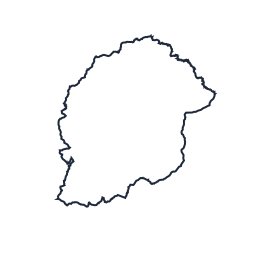 the district of Retiro, Antioquia, Colombia, rotated 201°
{"feature_id": "7082276B46774973153529", "entity_name": "Retiro", "entity_type": "district", "adm_level": 2, "iso_a3": "COL", "parent_name": "Colombia", "parent_adm1": "Antioquia", "projection": "orthographic", "projection_center": [-75.514, 6.06], "detail": "fine", "context": "isolated", "style": "outline", "palette": "slate", "viewbox_px": 256, "rotation_deg": 201, "n_neighbors": 0, "source": "geoboundaries", "source_scale": "gbopen_adm2", "svg_char_len": 5830}
<svg xmlns="http://www.w3.org/2000/svg" viewBox="0 0 256 256"><g transform="rotate(201 128 128)"><path d="M87.8,208.0L88.4,207.5L89.5,208.4L90.8,208.5L91.2,209.0L91.8,208.8L92.4,210.0L93.6,210.3L93.8,211.0L95.4,210.8L95.7,211.2L95.4,212.2L95.9,212.4L96.4,213.1L97.1,212.7L97.3,211.5L97.9,211.4L98.4,212.4L99.1,211.9L99.2,211.3L100.0,211.2L100.0,210.9L99.5,210.4L99.7,210.1L101.1,210.5L102.0,210.2L102.1,210.8L102.4,210.9L103.7,210.4L104.3,210.5L104.7,209.7L105.1,209.9L105.9,209.5L106.3,210.4L106.9,210.4L106.3,210.9L107.2,211.9L107.1,213.0L107.7,213.1L108.0,213.6L108.8,213.0L109.1,213.5L109.8,213.4L109.9,213.0L109.5,212.4L109.7,212.2L110.7,211.8L111.2,212.0L113.5,210.5L114.5,211.2L114.6,213.4L114.4,214.1L114.7,214.8L114.3,215.4L114.7,215.5L115.2,217.3L115.4,217.6L116.0,217.6L116.8,218.9L117.8,219.7L118.6,219.9L118.7,220.4L120.2,220.4L120.0,219.6L120.2,219.2L121.2,219.7L121.8,219.7L122.3,220.2L123.6,219.5L124.8,219.7L125.3,219.0L126.7,219.8L127.3,219.4L127.7,218.2L129.5,218.2L129.3,218.6L129.7,218.8L129.7,219.8L130.6,220.6L132.9,220.7L134.3,219.6L136.4,219.0L136.9,219.8L137.8,220.3L137.9,221.7L138.2,221.4L138.5,221.4L139.4,221.6L139.7,222.1L139.9,221.6L142.2,220.3L142.6,219.7L144.0,219.4L146.0,217.8L146.6,217.1L146.7,216.1L147.7,215.7L148.8,213.9L149.7,213.8L150.8,214.0L151.2,214.7L152.2,214.4L152.2,213.8L153.0,213.4L153.0,212.9L153.8,211.9L153.5,210.8L153.9,210.0L154.6,209.6L155.4,209.8L156.4,209.2L160.0,208.0L160.4,207.7L160.5,207.2L163.0,206.1L164.1,205.0L164.3,204.7L164.3,202.8L163.6,201.2L163.7,199.9L163.1,198.8L164.0,197.0L163.6,196.0L163.9,194.9L164.9,194.8L165.2,195.2L165.4,194.9L166.9,194.8L168.9,194.0L169.1,193.0L170.0,191.3L170.0,190.9L170.6,189.5L172.1,188.1L176.5,187.7L177.8,187.0L178.8,185.6L179.5,185.4L180.5,183.9L182.2,183.0L183.1,183.5L183.8,183.1L184.2,180.8L184.2,179.7L183.4,178.0L183.6,176.1L184.0,175.5L184.0,173.8L183.5,173.2L183.5,172.4L185.6,169.2L185.6,168.5L186.0,168.1L186.8,168.1L186.6,167.5L187.1,166.5L186.4,163.8L187.0,162.9L187.0,161.6L186.4,159.9L189.2,157.8L189.6,155.5L190.5,154.4L190.0,152.5L190.4,152.1L191.4,149.8L192.2,149.3L192.9,148.2L194.0,148.1L195.5,147.3L196.4,145.8L196.8,146.1L197.2,146.0L196.6,143.2L197.3,141.8L197.3,140.9L196.4,140.2L195.6,138.0L196.0,137.3L195.7,136.1L196.7,133.6L195.9,132.1L196.3,128.7L196.7,128.0L196.1,127.6L194.8,127.6L195.1,127.0L195.0,126.2L194.5,126.0L194.2,126.4L193.5,126.3L192.8,124.2L193.3,123.1L193.6,122.8L194.0,123.0L194.3,122.2L196.0,120.1L194.8,118.0L192.6,118.0L190.5,117.1L191.4,115.2L193.2,113.8L193.8,112.7L194.5,112.5L195.3,110.5L195.0,108.8L194.1,106.3L193.7,105.7L192.6,104.8L192.4,103.4L191.8,102.4L190.8,101.8L189.2,100.0L188.8,97.8L188.2,97.0L186.9,96.1L186.4,94.0L183.9,93.6L182.8,92.9L182.2,91.4L179.1,91.0L178.0,90.5L176.7,89.3L175.2,88.9L175.9,87.5L177.7,86.9L181.0,84.6L181.4,83.6L183.6,82.7L183.2,82.2L183.0,80.6L182.5,80.0L181.9,79.7L179.9,79.7L179.7,79.0L180.0,77.7L179.4,76.9L177.7,75.6L176.3,75.3L173.4,74.1L173.0,74.5L171.8,72.9L170.8,73.6L170.7,75.4L170.0,76.5L170.3,78.3L169.8,78.8L170.0,79.7L167.9,78.3L166.9,77.2L168.7,74.4L168.8,74.0L168.3,72.9L168.4,72.2L169.4,71.9L169.8,71.5L169.5,70.7L168.9,70.6L168.2,68.8L168.9,68.1L168.6,66.2L169.2,65.5L168.6,65.0L168.7,63.7L168.3,62.7L168.7,60.5L168.1,56.6L168.8,56.1L168.9,55.8L168.5,55.4L168.6,55.1L168.1,53.9L167.4,53.1L167.3,52.1L166.8,51.8L168.5,50.1L170.0,49.2L169.9,48.3L169.0,47.0L168.5,46.5L167.4,46.3L167.2,46.0L167.8,44.6L167.6,42.7L168.7,40.3L168.8,38.8L167.7,37.2L168.2,36.6L167.4,36.9L165.6,36.7L164.1,36.1L161.8,36.2L160.4,35.7L160.1,35.1L159.3,34.6L158.7,34.6L158.3,34.2L157.1,33.9L156.3,35.3L156.2,36.0L155.0,36.7L153.9,36.8L153.2,38.5L152.6,38.9L151.7,39.1L151.0,39.7L149.1,40.3L147.7,40.3L146.1,39.7L144.9,39.9L144.7,39.7L141.5,40.5L138.6,39.8L138.4,40.1L137.6,40.2L137.4,40.5L137.3,42.2L137.7,43.1L137.7,44.4L137.3,44.6L135.7,43.6L134.5,43.4L131.4,44.0L130.0,44.7L129.6,45.3L129.5,46.1L128.9,47.4L128.3,47.4L128.2,48.3L126.7,50.3L126.9,53.0L126.7,53.1L126.9,54.0L125.4,53.8L125.2,52.9L124.5,52.1L123.6,51.7L123.1,50.6L121.3,50.9L120.8,52.1L119.2,52.6L118.4,54.0L118.6,55.0L118.1,55.4L117.9,56.2L117.2,56.4L117.1,57.3L116.1,58.4L116.1,59.3L113.9,60.9L113.5,61.8L105.5,61.8L105.6,63.4L105.2,64.0L105.3,65.3L105.7,66.0L105.3,66.9L105.6,67.3L105.1,67.7L105.1,68.3L105.6,68.9L105.7,71.7L106.5,72.9L105.7,73.8L105.5,75.9L102.6,76.7L102.2,77.7L101.4,81.7L100.0,82.9L98.4,85.8L97.4,86.0L96.3,86.8L95.9,86.4L94.9,86.8L92.6,86.4L91.1,86.5L90.7,86.8L90.6,86.3L90.3,86.0L88.2,85.7L87.4,85.3L87.0,84.5L85.5,84.3L84.7,85.4L83.7,85.4L83.2,86.4L82.0,87.5L81.5,88.5L80.8,89.0L80.7,89.8L79.6,90.9L76.5,92.5L76.1,93.4L75.0,94.3L74.6,95.3L72.4,98.2L71.8,100.0L71.6,102.0L70.4,103.4L68.9,104.0L68.0,104.8L66.5,110.1L64.9,111.5L65.3,112.8L64.1,117.7L65.5,119.4L66.4,122.6L69.2,124.8L70.2,126.4L70.1,127.2L69.0,128.9L68.9,129.8L69.0,133.0L69.7,135.5L71.0,137.7L71.3,139.0L72.3,139.4L74.3,141.5L75.5,141.7L76.5,143.1L76.7,144.3L76.3,146.1L77.0,147.7L77.0,151.3L78.5,155.2L77.9,156.8L78.3,157.6L78.2,158.5L79.5,160.1L79.9,161.1L79.3,163.1L73.7,165.4L71.9,166.9L70.6,167.3L68.9,169.2L66.4,171.1L64.8,173.6L63.6,174.6L61.3,177.3L60.0,178.4L60.7,180.5L60.3,183.1L58.8,185.9L58.7,188.6L59.1,190.7L58.9,191.2L59.3,191.1L59.3,191.4L60.1,191.8L60.3,192.6L60.7,192.3L61.4,192.7L61.8,192.3L63.4,192.6L63.9,193.2L64.9,193.5L65.8,193.0L66.9,193.3L67.9,192.9L68.4,193.5L69.3,193.2L69.5,193.7L70.1,193.6L70.4,194.2L71.0,194.2L71.3,193.8L71.4,194.2L72.1,194.3L72.7,195.3L74.2,195.4L74.4,195.8L73.7,196.3L73.5,196.9L73.8,197.1L73.6,197.8L74.2,198.2L74.5,198.8L75.6,198.6L75.6,199.6L75.9,199.8L75.6,200.7L75.8,200.9L76.4,200.7L77.8,201.5L78.3,200.8L79.4,200.6L80.2,199.6L80.7,199.5L81.0,199.8L81.6,199.5L82.3,199.8L84.0,201.5L84.3,202.4L84.9,203.2L86.8,204.3L86.8,205.2L87.4,205.7L87.4,206.1L86.6,207.1L87.8,208.0Z" fill="none" stroke="#1e293b" stroke-width="2"/></g></svg>